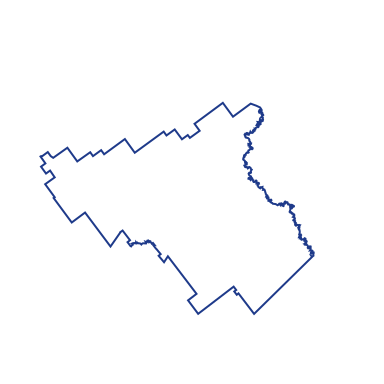 Wentworth, New South Wales, Australia, rotated 226°
{"feature_id": "25037944B48452017149194", "entity_name": "Wentworth", "entity_type": "district", "adm_level": 2, "iso_a3": "AUS", "parent_name": "Australia", "parent_adm1": "New South Wales", "projection": "orthographic", "projection_center": [141.921, -33.671], "detail": "fine", "context": "isolated", "style": "outline", "palette": "blue", "viewbox_px": 384, "rotation_deg": 226, "n_neighbors": 0, "source": "geoboundaries", "source_scale": "gbopen_adm2", "svg_char_len": 6053}
<svg xmlns="http://www.w3.org/2000/svg" viewBox="0 0 384 384"><g transform="rotate(226 192 192)"><path d="M310.4,133.1L313.0,115.9L315.9,115.3L320.9,116.0L321.8,109.4L322.7,108.2L322.8,107.7L314.4,106.4L315.1,101.0L306.7,99.8L306.0,104.8L297.9,103.4L299.6,91.8L283.6,89.6L283.8,88.3L253.6,84.3L251.5,100.8L209.4,95.5L212.7,112.3L212.9,112.4L212.5,115.3L200.4,113.9L200.7,110.8L195.7,110.2L195.2,110.5L195.5,110.9L195.3,111.1L195.4,112.0L195.2,112.8L196.0,113.0L196.0,113.4L196.5,113.2L196.3,113.8L195.4,115.1L194.6,115.3L194.3,116.2L194.6,116.6L193.8,116.4L193.8,117.3L193.1,117.2L192.9,117.6L192.4,117.7L192.0,118.2L190.7,119.1L189.4,119.1L189.5,120.0L189.2,121.1L186.9,123.2L187.1,123.6L188.3,124.0L187.6,124.3L187.8,125.2L187.2,124.9L187.2,125.5L186.8,125.8L187.6,126.0L187.4,126.9L186.1,126.8L185.6,126.4L185.5,126.7L186.1,127.4L185.7,127.7L185.3,127.2L185.1,127.6L182.7,127.2L182.5,128.5L180.4,128.3L180.9,128.0L180.7,127.2L176.2,126.7L175.7,126.8L169.1,126.3L169.3,123.7L160.9,123.1L162.5,130.0L115.6,124.5L116.8,113.9L100.1,111.8L95.0,156.2L90.8,155.7L91.1,153.3L87.0,152.8L86.8,155.0L61.2,152.0L61.9,233.2L62.9,233.4L62.0,233.8L61.8,235.1L62.6,235.8L63.3,236.1L63.5,237.1L64.0,237.5L64.3,237.2L64.0,236.5L64.8,236.0L64.8,234.9L65.2,234.7L65.9,235.6L65.5,236.5L65.8,237.7L66.4,237.7L66.8,237.2L67.7,236.9L68.0,236.4L68.3,237.5L68.7,237.9L69.9,237.8L70.0,238.1L69.7,238.8L70.4,239.5L70.9,239.2L71.2,238.7L71.0,237.6L70.1,237.2L70.8,236.4L71.5,236.5L72.1,237.6L73.4,238.0L74.1,237.9L75.0,237.2L75.0,237.7L75.6,237.9L75.7,237.0L76.5,236.8L76.3,237.4L76.6,237.9L75.6,238.4L75.9,238.6L76.5,238.5L76.6,240.0L77.1,240.3L77.8,240.2L78.3,239.1L78.6,239.0L78.7,239.9L79.0,240.7L79.6,241.2L80.5,240.9L80.5,240.3L79.9,239.7L80.4,239.6L80.4,239.1L81.1,238.8L81.3,238.1L81.6,237.6L82.1,237.6L82.6,238.0L83.2,237.6L83.2,238.4L83.8,239.0L84.6,238.6L84.7,237.9L85.1,237.5L85.7,238.9L85.1,240.0L85.2,240.6L85.7,240.7L86.1,239.6L86.9,239.5L87.8,241.1L89.2,242.5L90.7,242.8L90.6,243.4L90.9,243.6L92.5,243.5L92.6,243.9L92.1,244.9L92.4,245.2L93.0,245.0L93.3,245.2L93.1,245.9L93.2,246.6L93.9,246.2L94.0,245.6L95.3,244.9L95.5,243.4L96.5,243.3L96.9,243.5L97.0,244.5L97.5,245.2L97.8,245.1L97.6,244.4L98.7,244.6L99.4,246.0L99.8,246.0L100.8,245.2L101.3,245.2L101.5,245.7L101.1,246.9L101.2,247.4L102.2,247.9L103.8,247.3L103.7,249.0L104.8,249.9L105.2,249.8L105.4,249.1L106.9,249.6L107.3,249.4L107.4,248.9L108.5,249.4L108.9,249.1L109.0,248.4L109.9,248.4L111.3,251.0L112.0,251.4L110.9,252.5L111.0,253.0L112.0,254.0L111.9,254.4L110.8,254.9L110.8,255.3L111.2,255.6L113.5,254.9L113.7,254.2L113.2,253.1L113.5,252.6L113.9,252.8L114.5,253.6L114.8,253.7L115.7,253.3L116.1,252.5L116.7,252.6L117.3,253.1L118.3,253.5L118.7,253.1L118.9,252.1L119.5,252.6L120.2,252.6L120.5,252.2L120.4,251.7L119.2,251.5L118.9,251.0L119.2,250.4L120.1,249.9L120.2,249.2L119.8,248.5L118.7,248.6L118.4,248.4L118.3,248.0L118.6,247.8L119.4,248.3L120.3,247.6L121.1,248.5L121.7,248.5L121.9,248.2L121.9,247.7L121.0,246.5L121.4,246.5L121.9,247.2L122.6,247.2L123.0,246.6L122.8,245.4L123.0,244.4L125.2,243.8L127.4,242.0L128.4,242.1L129.0,241.7L130.3,241.4L130.6,241.7L130.8,243.3L131.4,243.6L132.4,242.5L132.0,241.2L132.6,240.8L134.0,242.3L134.6,242.1L135.2,241.5L135.5,241.6L135.5,241.9L134.6,242.6L134.7,243.0L135.1,243.3L135.6,243.2L137.1,242.1L137.2,242.4L136.8,243.5L137.0,243.8L137.3,243.8L137.9,243.2L138.3,243.6L139.4,243.7L139.9,244.2L140.7,244.4L141.7,245.1L143.2,245.7L144.1,244.7L144.4,245.5L145.8,245.2L146.7,246.2L147.1,245.4L147.8,244.7L147.4,243.6L149.3,243.2L150.2,243.7L151.1,243.6L151.8,244.9L151.4,245.9L152.2,246.3L152.7,245.9L152.8,244.5L153.3,244.1L155.0,246.1L155.7,246.1L155.9,245.7L155.6,244.9L155.7,244.2L156.0,243.6L156.4,243.3L157.1,243.4L157.9,244.3L158.5,244.0L159.9,244.8L160.8,244.8L161.0,244.4L160.2,243.8L159.9,242.5L161.2,242.6L162.3,241.8L162.7,242.2L162.7,242.6L161.9,243.2L161.4,244.1L161.5,244.9L162.2,245.3L163.4,244.8L164.7,244.9L165.9,245.5L166.1,246.4L165.8,246.8L165.1,247.1L164.9,247.8L165.1,248.1L166.1,248.6L166.6,250.5L167.6,250.3L168.8,250.9L170.2,250.6L170.4,250.3L170.1,249.1L170.2,248.5L172.0,248.9L172.5,247.9L173.0,247.6L174.7,248.1L174.0,250.2L174.7,250.2L174.4,250.8L174.7,251.6L175.9,251.7L176.2,250.8L176.4,250.7L177.8,251.7L179.8,251.4L180.7,252.4L180.6,253.0L180.8,254.5L181.2,254.6L181.5,254.0L182.2,255.0L182.2,255.5L181.4,256.4L182.2,257.4L182.2,259.0L181.3,259.4L181.1,260.2L182.1,260.5L182.7,261.4L182.3,262.6L182.6,263.3L182.6,263.8L181.0,265.0L181.0,265.6L181.4,266.1L183.0,266.0L184.4,264.8L185.0,265.8L186.2,264.9L187.5,266.0L187.3,266.2L186.4,266.1L186.0,266.6L185.6,267.6L186.0,268.4L187.0,268.1L187.7,268.7L189.1,268.8L189.7,269.6L190.6,269.9L192.1,269.7L193.6,268.6L194.1,268.5L194.6,269.0L195.3,269.0L196.8,269.7L196.9,270.5L196.1,270.4L195.7,270.9L195.9,271.8L196.4,272.4L196.3,272.6L195.8,272.8L194.4,272.1L193.7,272.6L193.9,273.0L194.8,272.7L195.1,272.9L195.0,273.2L194.1,273.6L194.4,275.1L194.7,275.7L193.7,275.4L192.5,276.6L192.5,276.9L193.0,277.1L192.6,277.6L192.6,278.0L193.4,278.4L192.6,279.3L192.5,279.6L192.8,279.9L193.8,279.7L193.7,280.3L193.3,280.8L194.1,281.2L193.4,281.8L193.8,282.6L193.4,284.0L192.7,284.6L192.7,285.2L192.9,285.5L193.7,285.2L194.5,285.4L195.2,284.9L195.6,286.2L194.7,286.1L194.5,286.5L193.7,287.0L193.3,287.7L193.2,288.6L194.2,289.2L194.5,288.2L195.0,287.7L196.6,288.0L195.9,288.6L195.7,289.4L194.7,290.5L195.3,291.0L196.5,290.6L197.1,291.4L194.2,291.8L194.0,292.4L194.4,292.8L195.0,292.5L194.9,293.5L195.8,294.0L196.2,294.5L197.1,294.2L197.7,293.6L197.8,294.4L198.1,295.0L197.7,296.0L197.8,296.7L198.3,296.9L199.6,296.1L199.9,296.6L200.0,297.5L201.4,297.6L202.1,298.6L202.5,298.6L202.8,298.3L202.1,297.3L201.8,295.8L202.3,295.5L203.4,296.0L203.7,296.5L204.1,297.7L203.5,298.5L202.7,298.8L202.9,299.2L205.5,299.7L209.4,298.2L214.8,295.6L217.7,273.8L234.7,276.1L239.3,241.2L230.7,240.0L232.4,228.1L235.9,228.5L236.9,221.4L249.0,223.0L250.4,212.9L255.1,213.6L260.0,178.1L276.7,180.5L280.2,155.0L285.2,155.7L286.6,145.7L291.3,146.4L293.7,130.7L310.4,133.1Z" fill="none" stroke="#1e3a8a" stroke-width="2"/></g></svg>